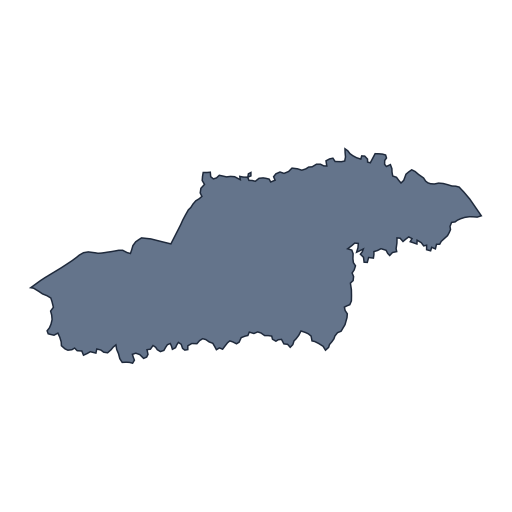 outline of Ponte Serrada, Santa Catarina, Brazil
{"feature_id": "56859067B50820968764736", "entity_name": "Ponte Serrada", "entity_type": "district", "adm_level": 2, "iso_a3": "BRA", "parent_name": "Brazil", "parent_adm1": "Santa Catarina", "projection": "orthographic", "projection_center": [-51.91, -26.858], "detail": "fine", "context": "isolated", "style": "filled", "palette": "slate", "viewbox_px": 512, "rotation_deg": 0, "n_neighbors": 0, "source": "geoboundaries", "source_scale": "gbopen_adm2", "svg_char_len": 4361}
<svg xmlns="http://www.w3.org/2000/svg" viewBox="0 0 512 512"><path d="M385.6,155.0L382.5,154.1L379.1,153.8L375.1,153.7L372.9,157.9L370.3,162.8L367.6,162.1L367.5,159.1L364.7,156.1L361.7,155.9L360.8,159.1L356.5,157.7L352.8,155.7L349.9,153.6L347.8,150.8L345.0,148.8L345.1,152.6L345.5,157.0L344.7,161.0L341.4,161.7L338.2,161.6L335.1,161.5L332.9,158.2L329.6,158.9L326.0,160.8L326.8,166.0L323.8,165.9L320.4,164.2L316.5,164.2L312.2,166.8L308.6,167.1L305.8,168.9L301.8,170.2L297.5,168.8L292.0,168.1L288.6,171.5L284.0,173.4L280.0,172.0L275.9,173.8L273.6,176.7L275.1,180.2L270.7,182.0L269.1,179.1L265.8,178.3L263.1,177.9L259.0,178.3L255.3,181.3L252.2,180.5L248.9,180.4L247.8,177.2L243.3,177.1L239.8,176.4L240.3,179.7L237.8,178.4L234.6,176.7L230.6,176.4L226.5,176.9L223.1,176.1L219.3,175.3L216.5,177.9L213.4,178.9L210.7,176.7L210.3,172.2L206.9,172.5L203.2,172.5L202.5,176.6L202.2,180.5L204.5,184.4L200.9,188.3L200.2,192.9L201.9,196.4L199.1,198.8L195.8,200.8L193.1,203.9L190.8,207.5L188.4,209.8L185.4,215.1L182.8,220.0L180.7,224.7L170.9,243.9L162.7,241.9L150.8,238.9L141.5,237.9L138.7,239.7L135.7,241.8L132.9,245.6L131.6,250.1L130.4,253.5L127.1,252.6L122.7,250.3L118.6,250.3L114.9,251.0L110.9,251.7L107.9,252.1L104.8,252.6L101.3,253.1L98.0,253.3L95.3,252.8L88.3,251.9L83.5,252.7L79.3,255.1L76.5,257.4L71.9,260.8L61.4,267.7L45.2,277.5L40.6,280.5L30.7,287.7L33.6,288.2L35.9,289.6L39.0,291.5L42.5,293.9L47.0,295.7L50.8,298.0L52.0,301.6L53.4,307.3L50.6,311.1L51.7,315.1L52.1,319.6L51.0,324.2L49.4,327.9L47.1,330.8L48.2,333.8L50.9,334.5L54.0,335.2L57.9,333.1L59.8,337.3L61.2,341.9L61.4,345.7L65.0,348.9L67.9,350.2L71.9,349.7L74.6,348.1L77.2,350.7L81.8,351.0L83.5,355.2L87.4,353.4L90.3,351.7L93.1,352.4L95.9,353.1L96.8,349.0L100.8,350.0L103.7,352.2L107.6,352.8L111.0,349.8L113.1,347.2L115.9,344.9L116.7,349.5L118.5,353.7L119.8,358.7L122.2,362.4L126.2,362.2L129.6,362.4L132.6,363.2L134.4,360.2L133.3,357.3L132.4,354.3L135.8,353.2L139.8,354.6L143.6,358.4L146.6,357.1L148.0,354.4L147.0,349.7L150.4,349.2L153.0,345.5L155.6,347.2L157.3,349.7L160.4,351.6L163.9,350.4L165.7,347.2L167.4,344.7L170.3,343.5L171.5,346.2L172.4,349.3L175.5,347.7L176.8,344.8L178.4,342.4L181.2,344.3L182.6,348.4L184.8,350.1L187.8,349.6L187.8,345.8L191.8,343.5L196.9,343.7L199.6,340.6L202.7,338.7L205.9,339.6L209.1,341.9L212.8,343.3L214.6,346.4L216.4,349.7L219.4,347.9L222.6,349.2L225.1,345.9L227.5,342.8L229.8,340.9L232.8,341.9L236.5,343.8L239.1,342.2L241.2,337.6L245.2,336.1L247.9,335.5L249.3,332.1L253.9,333.5L257.7,331.9L261.0,333.0L264.7,335.6L268.4,335.6L271.7,336.1L272.5,339.2L275.9,341.2L278.3,339.7L281.5,339.4L283.9,343.9L287.6,344.3L290.2,347.3L292.8,344.6L294.0,340.9L296.0,338.9L298.7,335.4L301.0,331.0L305.2,332.4L308.3,333.8L311.1,336.1L312.0,340.9L314.7,341.5L318.7,343.5L323.1,346.3L325.5,350.2L328.6,347.4L329.5,344.5L331.9,341.7L333.9,338.9L334.9,336.0L337.5,332.7L341.1,331.2L342.7,328.5L345.0,324.7L346.1,320.8L347.0,317.6L347.3,313.8L345.1,310.5L344.4,307.1L347.0,305.8L349.8,304.7L351.4,300.9L351.5,295.7L351.4,289.8L350.4,283.1L353.1,280.6L353.6,276.6L352.1,273.0L354.2,269.9L355.5,265.8L353.4,262.7L352.9,258.7L353.1,253.7L351.8,250.1L347.6,248.8L351.7,245.7L354.7,243.1L358.3,243.4L358.0,247.6L356.6,252.2L359.7,250.8L363.3,249.0L362.3,251.8L360.4,254.2L363.5,257.3L364.1,262.2L367.3,262.4L368.6,257.5L373.4,258.1L373.9,254.7L373.9,251.6L377.5,250.5L381.0,248.7L386.1,250.3L387.7,253.4L389.7,255.5L392.5,252.5L396.7,251.6L396.1,248.7L396.9,243.1L397.0,237.9L400.1,238.2L403.0,241.5L406.2,238.8L408.7,236.9L412.0,238.6L410.2,241.7L413.2,242.7L416.9,244.0L417.1,240.2L421.3,242.7L423.7,245.9L426.6,245.2L426.6,249.7L430.6,250.8L431.7,247.3L435.4,248.9L436.5,244.3L439.7,244.2L441.2,241.4L444.6,238.3L447.5,235.7L449.2,232.6L450.5,229.6L450.0,226.4L451.6,222.4L455.1,221.9L457.4,220.2L460.7,218.7L464.7,217.4L469.5,216.7L473.2,216.8L477.2,217.1L481.3,215.8L469.8,199.1L463.7,191.9L461.2,189.3L459.2,187.1L455.8,186.2L451.9,186.0L447.7,184.7L443.2,183.5L438.6,183.1L434.3,184.0L430.4,183.7L427.8,182.8L425.6,181.1L423.6,178.0L420.9,176.1L418.6,174.5L415.1,171.5L411.7,169.8L408.6,172.0L406.0,174.2L404.9,177.2L403.7,180.4L401.0,183.0L398.6,180.2L396.5,177.3L392.7,176.0L392.0,172.0L391.9,168.7L390.4,164.6L386.4,166.5L384.6,164.3L384.7,160.5L386.5,158.0L385.6,155.0ZM247.8,177.2L250.9,175.9L250.9,172.5L248.4,173.8L247.8,177.2Z" fill="#64748b" stroke="#1e293b" stroke-width="1.5"/></svg>